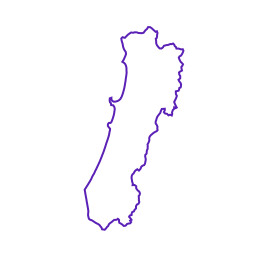 the district of Bertioga, São Paulo, Brazil, rotated 128°
{"feature_id": "56859067B23167317644380", "entity_name": "Bertioga", "entity_type": "district", "adm_level": 2, "iso_a3": "BRA", "parent_name": "Brazil", "parent_adm1": "São Paulo", "projection": "robinson", "projection_center": [-46.037, -23.766], "detail": "fine", "context": "isolated", "style": "outline", "palette": "violet", "viewbox_px": 256, "rotation_deg": 128, "n_neighbors": 0, "source": "geoboundaries", "source_scale": "gbopen_adm2", "svg_char_len": 3645}
<svg xmlns="http://www.w3.org/2000/svg" viewBox="0 0 256 256"><g transform="rotate(128 128 128)"><path d="M223.8,86.1L222.5,83.7L220.3,83.5L218.8,83.6L217.4,83.3L215.7,83.8L214.2,83.6L212.2,83.0L210.6,82.7L208.9,82.3L207.4,80.5L205.8,80.1L205.9,78.5L207.0,77.7L208.0,76.6L207.8,75.0L207.6,73.3L207.8,71.1L206.5,69.8L204.1,69.6L202.9,68.7L201.8,67.6L200.2,67.6L199.7,69.3L198.2,68.7L197.7,70.4L197.3,72.5L195.9,72.7L194.3,71.6L193.1,72.5L191.6,72.9L190.1,72.0L188.7,72.4L186.5,72.2L184.6,73.6L182.7,73.8L181.2,73.1L179.4,73.5L178.5,74.7L176.4,76.4L175.0,77.7L173.7,77.6L172.1,78.4L171.2,80.0L171.2,82.1L170.5,84.4L168.8,85.7L168.9,87.8L170.2,89.2L168.9,89.9L167.8,91.6L166.5,93.0L165.5,94.1L164.3,95.1L163.0,95.7L161.7,95.9L160.4,95.6L158.7,95.9L157.2,96.0L154.8,95.3L154.8,93.2L152.5,93.0L150.2,93.7L148.5,93.2L147.2,92.4L145.5,92.7L143.6,93.7L142.2,94.4L141.2,95.3L139.9,96.9L138.6,97.8L136.8,97.6L135.5,98.4L134.1,99.3L132.5,99.6L131.1,100.6L130.0,101.4L128.9,102.5L126.5,102.9L124.6,103.6L122.7,105.2L121.3,105.6L119.7,105.6L117.7,105.2L116.2,104.9L114.1,104.1L112.7,103.4L111.4,103.4L110.4,104.6L108.7,105.7L107.8,107.5L107.3,109.1L105.8,110.2L104.2,110.7L102.4,111.5L100.5,111.9L98.1,111.9L96.2,111.9L94.3,112.6L92.2,113.1L91.2,111.9L90.2,110.9L91.4,109.9L93.4,109.5L93.8,107.9L92.8,105.9L93.1,103.9L91.6,103.0L91.2,101.2L89.8,101.7L88.6,102.9L86.3,103.7L84.7,103.5L83.3,104.3L83.1,102.7L81.9,102.2L81.1,104.0L80.1,105.9L79.1,107.6L77.3,108.0L75.6,108.3L73.9,108.8L72.6,109.3L71.9,110.9L70.7,112.1L69.6,112.9L68.5,111.9L67.4,111.1L66.1,111.5L64.9,112.2L63.6,111.5L62.4,112.1L60.8,113.2L60.1,114.5L59.7,116.3L58.9,117.9L56.8,117.4L54.9,118.8L54.3,120.5L52.8,122.0L51.1,121.6L49.5,120.8L48.4,122.2L47.2,123.5L45.4,123.5L43.9,123.9L43.6,125.5L43.4,127.4L42.4,129.5L41.3,131.3L39.9,131.5L38.4,130.8L36.8,130.9L35.0,131.2L33.0,131.9L32.2,133.3L33.4,134.6L34.2,136.9L35.6,138.7L34.7,140.0L34.7,141.5L33.9,142.8L33.7,144.5L34.9,145.1L35.8,146.4L37.5,147.3L39.5,149.1L41.1,150.3L43.0,150.1L44.8,150.6L45.8,152.1L45.4,154.4L44.8,156.5L43.8,158.0L42.2,159.3L40.5,161.1L39.3,160.8L37.9,161.5L36.6,162.5L35.0,163.2L34.0,164.8L35.2,165.4L35.1,166.8L35.0,168.5L34.8,170.6L34.9,172.6L36.1,174.3L38.1,174.0L40.0,174.4L41.6,174.4L43.4,174.4L44.8,175.5L45.8,177.0L46.7,178.3L47.2,179.9L48.4,181.6L49.7,182.5L50.9,184.4L52.4,184.9L54.4,185.5L56.3,185.7L58.9,186.0L59.8,188.2L61.6,188.4L63.3,186.5L65.3,183.7L67.0,181.9L68.5,179.5L69.5,176.6L70.9,175.1L73.1,174.4L75.4,173.8L77.1,173.4L79.3,173.2L79.1,171.1L79.3,169.7L80.1,168.0L81.6,166.2L83.0,165.1L84.2,164.1L85.3,163.1L86.5,162.4L87.8,161.6L89.2,160.8L91.0,159.8L92.8,158.7L94.7,157.7L96.0,157.0L97.6,156.1L99.5,155.2L101.6,154.3L103.5,153.5L105.2,152.9L107.5,152.2L109.8,151.9L111.4,152.1L113.1,152.8L114.7,153.9L115.9,155.2L116.4,157.0L115.6,158.8L114.4,159.7L115.8,160.6L117.4,159.6L118.8,158.1L119.0,156.7L120.3,155.4L119.2,153.5L120.0,151.5L121.2,150.1L122.8,149.2L125.4,147.7L127.2,146.9L129.8,145.9L131.9,145.2L133.4,144.8L134.8,144.9L135.8,146.2L137.3,146.2L138.8,145.1L139.3,143.4L139.6,141.7L140.9,140.8L142.1,140.3L143.6,139.5L145.3,138.6L148.1,137.5L150.0,136.8L153.6,135.6L156.4,134.5L161.2,132.8L167.1,131.0L171.2,129.8L174.5,129.0L179.8,127.8L182.0,127.4L183.5,127.0L184.8,126.7L186.6,126.5L188.5,126.2L191.1,125.5L193.3,125.2L195.0,125.0L197.7,124.7L199.9,124.5L201.8,124.3L203.4,124.1L204.5,122.8L206.8,120.3L209.8,116.9L211.6,115.0L212.8,113.6L215.0,111.2L216.5,109.5L218.5,107.6L219.9,106.8L221.4,105.7L222.4,104.5L223.6,102.9L223.6,101.2L223.0,99.8L222.8,97.4L222.6,94.9L222.1,92.4L222.0,90.6L222.5,89.2L222.7,87.7L223.8,86.1Z" fill="none" stroke="#5b21b6" stroke-width="2"/></g></svg>